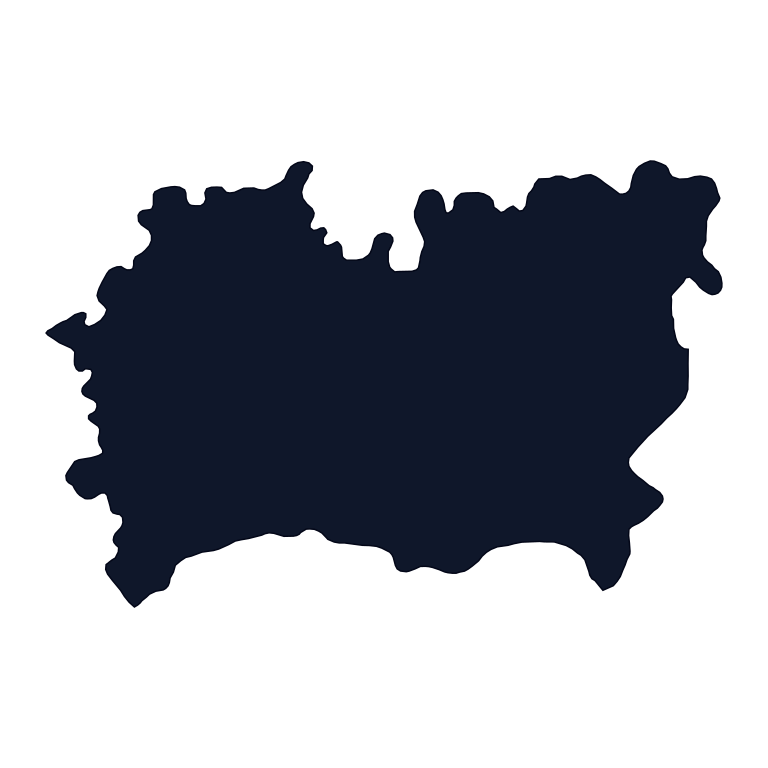 Hlybokaye, Vitebsk, Belarus (Albers equal-area conic projection)
{"feature_id": "67162791B12228546801080", "entity_name": "Hlybokaye", "entity_type": "district", "adm_level": 2, "iso_a3": "BLR", "parent_name": "Belarus", "parent_adm1": "Vitebsk", "projection": "albers", "projection_center": [27.835, 55.173], "detail": "fine", "context": "isolated", "style": "filled", "palette": "ink", "viewbox_px": 768, "rotation_deg": 0, "n_neighbors": 0, "source": "geoboundaries", "source_scale": "gbopen_adm2", "svg_char_len": 6058}
<svg xmlns="http://www.w3.org/2000/svg" viewBox="0 0 768 768"><path d="M602.9,590.3L613.3,585.7L617.1,581.3L620.3,576.5L622.9,569.9L625.1,564.9L627.0,559.4L629.8,553.9L630.0,551.3L629.4,542.9L628.6,535.6L628.9,529.3L631.4,526.8L634.0,525.3L638.5,523.2L643.4,520.1L647.8,516.5L653.6,510.8L657.4,508.1L660.0,505.1L662.4,501.9L663.0,499.0L662.4,496.0L659.7,492.4L655.4,489.6L653.1,487.7L649.1,485.7L642.8,480.4L637.7,476.7L634.3,473.5L631.6,470.6L628.9,466.3L628.3,462.5L628.9,458.0L637.9,447.0L647.7,436.3L661.2,423.8L666.6,418.1L671.9,413.3L676.4,408.6L679.8,404.6L685.0,397.7L687.8,389.4L687.8,384.5L688.1,376.2L688.0,363.4L688.2,349.3L684.1,348.9L680.9,346.8L678.2,344.0L676.7,340.8L675.6,337.6L673.6,328.4L673.4,319.3L671.6,315.6L671.2,307.8L671.5,299.7L671.0,296.3L672.3,294.1L683.3,282.1L685.7,277.8L689.9,277.0L695.9,282.2L699.7,287.1L703.3,290.1L708.6,293.4L712.0,294.6L715.0,294.2L718.0,293.0L720.5,290.3L721.8,287.1L721.9,283.2L720.9,277.2L718.3,271.7L714.5,268.7L711.8,265.2L707.4,261.8L704.0,257.9L702.5,255.1L701.9,250.0L703.0,247.2L704.3,244.9L705.8,240.7L705.8,235.8L706.4,226.2L706.4,221.2L708.2,215.7L712.7,209.1L715.7,205.7L719.0,200.9L719.8,198.1L717.5,192.5L716.5,188.4L714.6,183.1L711.5,179.0L707.0,177.2L700.4,176.1L694.6,176.7L687.7,178.8L679.2,179.2L672.1,176.8L669.4,173.1L667.9,168.8L665.6,165.8L660.9,163.6L654.3,161.2L650.2,161.0L644.4,163.3L639.1,166.5L636.5,169.3L633.3,175.4L631.3,183.5L630.8,187.4L628.9,191.0L626.1,193.3L622.5,194.2L619.5,194.1L611.6,188.1L604.6,183.2L599.9,179.5L595.8,176.9L590.9,174.8L585.8,175.1L581.3,176.2L577.3,178.1L570.0,179.5L561.9,176.3L555.7,176.3L549.5,178.6L538.8,179.0L534.8,184.0L533.9,187.0L531.5,190.8L528.9,193.5L527.5,197.0L526.6,203.2L526.0,206.1L522.8,210.5L519.3,211.1L516.6,208.8L513.1,206.1L510.2,207.3L507.2,209.1L504.3,211.5L500.8,212.6L496.6,209.1L494.0,207.4L492.8,200.9L489.3,196.8L483.7,193.9L478.4,192.7L466.0,193.0L461.3,193.6L458.1,196.0L456.1,198.1L454.3,201.3L454.3,205.4L452.9,209.8L448.4,213.1L446.1,212.8L444.9,209.5L444.0,203.7L442.8,199.6L441.1,195.7L438.1,192.2L433.1,189.9L425.8,190.8L422.6,192.5L419.9,196.1L417.3,204.3L414.6,211.3L414.7,217.2L416.1,222.2L423.2,237.2L424.7,241.6L424.1,246.3L421.8,251.6L420.3,257.5L420.0,260.7L418.5,267.8L416.5,269.9L412.1,271.3L398.2,271.6L394.7,271.9L391.2,269.0L389.7,267.2L388.2,261.7L388.2,251.4L390.6,246.9L392.9,241.1L392.6,237.8L390.0,234.6L384.4,233.1L381.7,233.7L377.9,235.2L374.7,238.7L372.0,248.7L370.3,252.8L368.5,255.2L362.9,259.0L356.5,260.2L346.5,260.2L343.5,258.1L342.3,256.4L341.5,247.2L340.6,245.2L337.6,241.9L336.5,241.9L332.0,244.3L327.9,245.8L325.9,245.5L323.2,243.7L323.2,239.9L323.5,237.5L326.8,232.8L325.6,229.6L323.8,227.8L320.6,228.1L317.1,229.9L313.5,230.5L310.0,227.8L310.0,223.7L313.5,216.6L314.1,213.1L312.1,208.7L306.8,204.0L302.7,198.4L301.5,192.2L303.3,185.2L307.7,177.9L308.9,174.0L312.1,170.5L312.4,166.1L308.9,162.9L303.6,161.7L298.0,162.6L294.5,164.3L291.0,166.7L288.6,170.2L286.0,175.8L284.8,179.0L280.7,182.5L268.6,188.7L265.1,190.1L261.9,190.1L258.1,189.5L253.9,188.0L243.7,188.3L234.5,192.4L229.8,193.0L226.3,192.4L221.6,187.4L216.9,187.1L211.4,187.3L206.7,188.8L204.9,192.9L206.0,199.1L204.0,203.5L200.7,205.8L195.1,205.8L191.6,205.5L189.3,204.6L187.2,201.6L186.1,198.4L185.8,193.1L184.6,189.9L179.6,187.2L174.9,186.6L170.8,186.9L161.4,188.6L154.9,191.8L153.5,194.5L153.4,205.0L151.9,208.9L149.9,209.7L142.8,210.6L139.9,212.3L138.1,215.3L138.6,221.1L141.3,224.7L149.2,230.3L151.5,235.3L151.5,240.6L149.4,245.6L145.3,250.3L142.0,253.2L135.5,257.0L133.7,260.8L133.7,265.2L132.8,268.8L130.2,269.9L126.9,269.9L124.3,268.7L121.1,266.6L116.9,266.9L112.8,268.4L109.3,270.4L106.9,273.6L102.2,282.1L99.2,288.3L98.0,291.8L97.1,295.6L99.1,301.0L104.4,306.0L107.0,309.5L104.9,315.1L100.8,320.4L94.6,324.5L88.9,326.8L84.8,324.7L84.0,321.5L85.8,317.4L85.8,313.8L83.4,312.6L81.4,312.6L74.9,314.7L66.7,320.5L63.1,321.7L60.5,323.0L56.3,325.4L52.1,328.6L47.8,330.8L46.1,333.0L48.0,335.1L53.8,338.8L59.4,342.7L71.3,348.1L74.8,351.7L74.4,361.0L74.6,364.7L76.4,368.9L78.9,371.0L82.4,371.0L85.1,368.9L86.4,368.8L90.8,369.4L92.4,372.4L91.7,376.0L90.5,379.2L83.7,386.1L82.3,388.4L81.9,391.4L82.9,394.0L85.3,396.1L94.0,400.3L96.8,403.2L97.0,407.1L95.4,411.1L92.6,413.2L90.1,414.3L88.6,415.8L88.6,418.8L91.2,421.3L98.2,426.2L99.7,428.9L99.6,433.2L98.5,437.4L98.5,440.8L99.6,444.8L101.3,447.4L102.8,450.3L102.6,453.3L98.8,455.5L95.4,456.6L91.0,457.8L78.9,459.8L74.7,461.6L67.3,472.6L65.9,475.6L66.5,480.1L68.5,482.6L72.9,485.3L74.6,488.7L77.4,492.9L79.8,495.3L85.1,498.6L87.4,498.8L91.2,498.6L94.6,497.1L98.7,494.3L101.4,493.0L105.0,493.0L107.3,495.5L107.8,498.1L108.7,501.0L110.2,506.5L111.0,510.3L113.0,512.9L117.0,514.1L119.8,514.5L122.5,517.3L123.0,522.4L122.1,525.5L120.7,527.9L115.4,533.6L113.9,536.6L113.3,540.0L114.0,542.5L116.1,545.1L118.7,547.4L118.3,552.0L115.3,558.0L111.8,560.1L106.1,564.6L105.7,569.5L107.6,574.1L112.5,580.5L120.6,590.3L124.5,596.5L129.1,602.2L134.4,607.0L137.6,605.1L140.2,602.9L141.8,600.8L146.5,597.0L149.4,594.2L155.7,591.2L163.2,589.9L165.7,588.4L168.0,585.9L169.3,582.7L170.1,578.0L173.4,572.1L175.3,565.3L180.6,560.8L185.7,557.4L191.2,556.1L202.0,552.1L213.5,550.5L218.8,549.0L228.6,544.6L235.3,541.0L241.3,539.7L248.5,538.5L261.8,535.1L264.9,533.7L269.1,532.8L273.9,533.3L283.9,536.3L293.5,536.1L296.6,535.5L299.2,534.2L300.6,532.5L306.2,529.1L309.6,528.9L314.4,529.3L318.5,531.0L321.9,533.0L326.5,537.8L327.8,539.3L334.1,542.0L339.1,542.9L344.4,542.9L362.5,545.3L369.4,545.5L376.5,546.3L381.8,548.1L389.7,552.1L391.9,554.6L393.3,557.4L395.4,565.4L397.2,568.9L400.5,571.0L406.3,571.7L409.1,571.1L415.2,568.8L420.4,566.4L425.6,566.3L428.8,566.6L432.5,567.4L439.1,569.6L444.6,571.9L448.0,572.7L452.5,573.2L456.1,573.2L459.6,572.1L464.5,571.1L468.1,569.1L472.2,566.1L478.6,560.8L482.2,556.1L486.4,552.3L491.0,549.4L497.3,546.8L508.0,545.3L514.2,543.6L521.9,542.1L539.5,541.4L544.5,541.8L554.2,541.9L566.2,545.5L572.3,548.8L577.6,553.1L581.1,555.3L584.9,559.8L588.9,571.4L589.8,575.2L591.9,578.7L595.0,580.6L602.9,590.3Z" fill="#0f172a" stroke="#020617" stroke-width="1.5"/></svg>